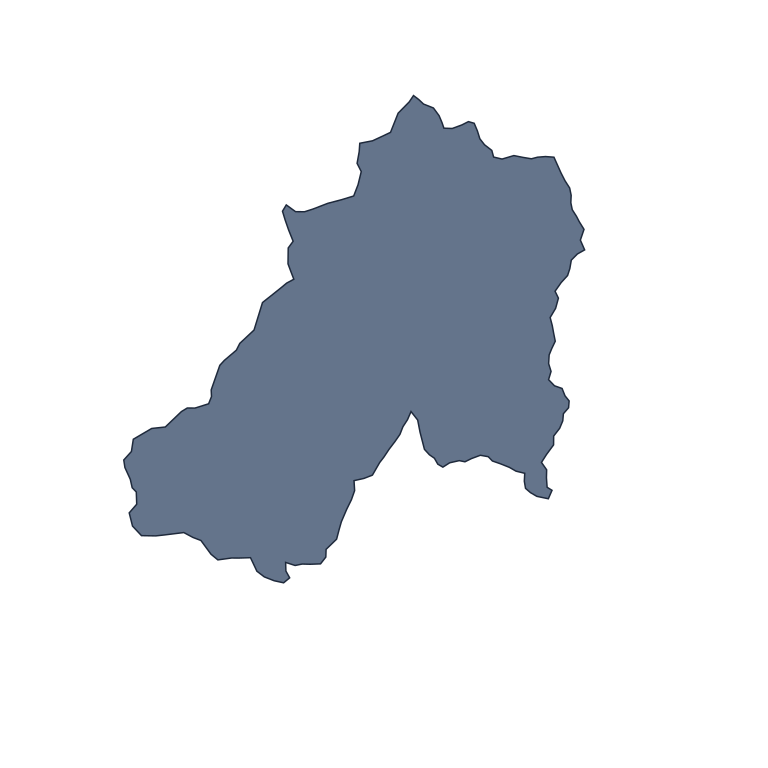 Santo Antônio da Alegria, São Paulo, Brazil (Mercator projection), rotated 226°
{"feature_id": "56859067B48567848315683", "entity_name": "Santo Antônio da Alegria", "entity_type": "district", "adm_level": 2, "iso_a3": "BRA", "parent_name": "Brazil", "parent_adm1": "São Paulo", "projection": "mercator", "projection_center": [-47.205, -21.083], "detail": "fine", "context": "isolated", "style": "filled", "palette": "slate", "viewbox_px": 768, "rotation_deg": 226, "n_neighbors": 0, "source": "geoboundaries", "source_scale": "gbopen_adm2", "svg_char_len": 2391}
<svg xmlns="http://www.w3.org/2000/svg" viewBox="0 0 768 768"><g transform="rotate(226 384 384)"><path d="M511.5,278.9L499.8,255.6L494.8,251.2L491.6,244.1L498.0,231.3L503.4,225.8L504.9,219.1L505.0,196.8L513.4,186.0L518.4,165.3L510.9,155.4L510.1,144.0L503.9,139.6L491.7,135.3L484.3,130.8L478.4,130.8L469.3,122.6L468.3,111.2L456.5,104.4L443.4,104.2L433.3,114.3L428.1,121.0L416.2,136.8L406.3,140.0L398.6,143.6L381.7,141.3L372.9,142.3L364.7,153.5L359.7,158.6L351.8,167.3L345.8,165.3L337.6,162.5L328.4,163.9L318.8,168.3L310.7,173.7L310.1,181.5L317.6,183.5L324.0,189.3L315.2,194.0L311.3,200.1L305.7,205.6L298.7,213.4L299.9,221.9L305.3,227.5L305.3,242.1L310.4,250.5L314.5,257.6L319.8,270.2L323.4,280.2L327.7,288.8L335.3,295.3L330.0,304.0L326.5,312.4L330.5,326.3L331.5,333.1L333.5,342.2L335.0,352.0L336.7,360.5L340.1,367.9L342.0,376.1L345.4,384.3L334.7,383.2L324.4,376.5L308.9,367.7L301.6,367.5L295.6,368.7L288.9,367.0L283.3,368.6L281.7,376.5L276.6,384.9L271.8,388.2L269.6,395.1L265.8,403.8L259.3,408.5L253.3,408.5L246.0,412.2L236.9,416.3L229.6,418.4L222.0,423.2L216.6,417.4L210.6,413.3L204.1,413.9L197.0,415.9L187.3,422.5L190.8,431.0L196.4,429.6L203.7,435.7L209.3,441.4L218.2,442.8L220.4,451.9L222.4,463.7L228.7,469.9L230.1,479.6L233.3,487.0L238.0,492.4L238.7,500.3L243.2,505.4L249.8,506.0L257.1,509.0L264.3,505.4L272.8,505.4L277.0,512.9L284.3,516.6L290.2,523.0L293.0,529.4L295.8,536.9L302.5,541.2L309.1,545.6L316.4,549.7L319.2,560.0L324.6,569.1L331.9,571.5L333.9,581.9L334.5,591.4L337.9,597.8L343.0,604.8L343.2,613.4L341.1,621.5L351.1,625.2L356.3,635.3L365.1,637.2L370.8,638.9L378.6,640.5L384.6,644.3L389.7,649.7L396.0,653.7L404.5,655.4L413.0,658.0L429.1,663.8L435.4,658.2L440.5,652.0L443.6,646.5L450.6,641.3L458.1,636.1L463.8,625.2L471.1,620.5L477.1,623.8L486.3,622.5L493.8,623.3L501.2,627.0L508.9,630.0L514.1,627.0L516.3,619.9L520.4,610.6L526.4,604.8L531.7,607.3L538.7,610.0L548.2,611.3L557.9,606.9L564.6,606.6L571.0,605.6L569.4,598.1L569.0,582.3L560.5,563.5L563.9,553.4L566.9,544.7L570.3,539.5L574.0,533.8L568.4,527.6L561.4,517.9L552.6,515.2L545.4,503.8L540.3,492.8L546.0,481.6L553.0,469.1L559.3,454.2L563.1,446.5L569.4,440.1L580.7,438.1L578.8,431.0L570.8,426.9L561.1,422.4L549.8,417.8L548.4,409.6L537.1,398.4L529.3,395.0L522.0,391.9L524.2,384.1L524.8,376.1L527.0,353.2L513.1,328.0L513.4,308.5L510.9,301.3L511.9,285.6L511.5,278.9Z" fill="#64748b" stroke="#1e293b" stroke-width="1.5"/></g></svg>